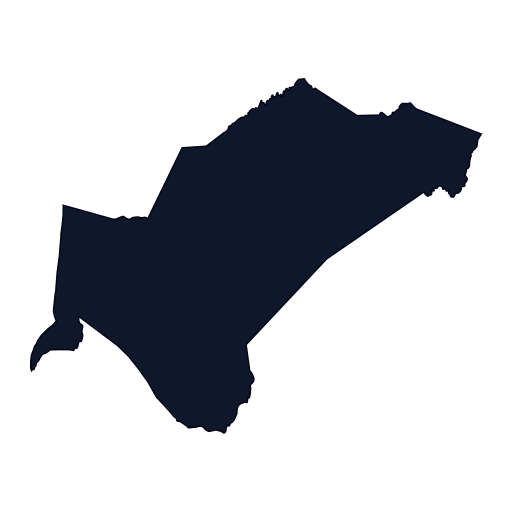 San Francisco del Valle, Ocotepeque, Honduras
{"feature_id": "27666195B97087706022026", "entity_name": "San Francisco del Valle", "entity_type": "district", "adm_level": 2, "iso_a3": "HND", "parent_name": "Honduras", "parent_adm1": "Ocotepeque", "projection": "equal_earth", "projection_center": [-88.98, 14.422], "detail": "fine", "context": "isolated", "style": "filled", "palette": "ink", "viewbox_px": 512, "rotation_deg": 0, "n_neighbors": 0, "source": "geoboundaries", "source_scale": "gbopen_adm2", "svg_char_len": 5936}
<svg xmlns="http://www.w3.org/2000/svg" viewBox="0 0 512 512"><path d="M63.2,205.3L63.3,206.7L63.2,214.6L62.2,225.2L61.0,233.7L60.9,237.9L59.9,249.1L59.5,255.3L57.2,272.4L55.8,290.7L55.0,295.5L53.5,310.6L53.7,312.3L54.4,315.6L55.4,318.6L56.3,320.8L53.1,324.9L47.9,328.9L41.9,334.8L40.7,336.3L37.7,340.8L36.3,344.0L34.8,346.1L34.1,347.8L32.7,352.0L31.8,354.1L31.4,355.5L31.2,357.2L30.8,360.6L30.7,368.0L30.9,369.0L31.6,370.8L31.7,370.7L31.8,370.1L32.1,369.9L33.4,369.5L34.2,369.0L34.9,366.6L35.5,366.2L35.8,365.8L36.0,364.8L36.1,363.7L36.3,363.1L38.3,361.2L39.1,359.8L40.0,357.7L42.2,354.7L43.0,354.0L44.8,353.4L47.0,352.2L48.5,351.2L50.0,349.8L59.6,349.6L69.1,349.7L73.6,350.4L74.2,349.3L75.2,348.2L75.8,348.0L76.7,348.2L77.1,348.0L77.6,346.8L78.4,343.3L79.1,341.6L79.4,341.3L79.8,341.1L80.5,341.5L80.9,341.5L81.3,341.3L81.5,340.9L82.2,338.7L82.7,335.3L82.7,335.0L81.7,331.5L82.0,330.5L82.6,327.2L82.6,325.7L81.9,324.9L80.6,323.9L79.4,322.9L78.8,320.6L78.6,318.5L78.9,316.5L117.8,345.7L128.3,356.0L136.5,366.1L147.9,381.8L156.4,397.0L167.8,409.3L171.3,413.3L173.8,416.5L176.1,418.0L176.5,418.8L176.7,420.3L177.2,420.9L178.0,421.3L179.4,421.3L180.3,421.6L186.6,425.9L188.3,427.6L188.7,427.8L196.0,427.1L199.0,426.2L200.6,426.1L201.7,426.4L202.9,426.9L203.8,427.6L204.9,429.0L205.7,429.7L207.1,430.6L208.7,431.3L209.8,431.3L215.8,429.9L220.5,431.1L222.2,432.0L224.0,433.1L225.0,432.4L225.7,431.4L226.0,430.2L225.9,428.8L225.9,428.4L227.7,424.8L227.9,424.6L228.2,424.7L228.4,424.9L228.5,425.5L228.7,425.8L229.0,425.9L229.3,425.8L229.7,425.3L229.9,424.2L230.2,423.6L230.8,423.0L232.3,422.2L233.4,420.8L234.3,419.5L236.8,413.7L236.9,413.0L236.9,410.8L237.2,408.6L237.7,406.9L238.5,405.6L239.2,404.8L239.9,404.2L241.1,403.5L242.4,402.9L245.2,402.1L245.9,402.2L246.8,402.5L247.2,402.2L247.3,401.7L247.6,399.2L248.0,397.2L248.4,397.0L248.5,397.2L248.7,397.8L249.1,397.9L249.5,397.2L249.8,396.0L250.3,392.5L250.6,388.0L250.5,387.0L250.2,385.6L250.2,385.1L250.5,384.6L251.6,383.7L252.9,382.2L253.4,381.5L253.7,380.7L253.9,379.6L253.8,378.5L253.4,377.1L252.7,375.2L251.3,372.5L249.7,370.8L246.1,344.7L326.6,258.9L423.9,191.9L424.3,193.0L426.2,195.1L427.4,196.1L428.1,196.1L428.5,195.8L428.5,195.1L428.7,194.9L429.6,195.1L430.3,195.1L431.0,194.8L431.4,194.3L431.7,193.8L431.7,193.1L431.7,192.0L431.4,191.3L431.5,191.1L433.8,190.8L434.1,190.7L434.2,190.4L433.7,189.4L433.7,188.1L434.1,188.0L435.3,188.3L436.7,188.3L437.6,187.5L438.3,186.1L439.2,185.9L441.0,186.2L442.3,186.9L442.6,187.3L442.6,188.4L443.0,189.2L443.8,189.1L444.8,188.6L445.3,188.6L445.7,188.9L446.3,191.0L447.2,191.0L447.9,190.6L448.2,190.7L448.6,191.8L448.7,193.2L448.8,193.6L449.9,194.2L450.2,194.8L450.3,195.8L450.5,196.2L450.9,196.6L451.6,196.9L452.7,197.1L453.6,197.0L454.3,196.1L454.7,195.3L455.0,194.2L455.4,193.7L456.8,193.1L458.0,193.1L459.1,192.4L460.5,191.0L461.4,188.4L461.1,186.8L461.1,186.6L463.7,186.4L464.6,186.1L464.8,185.5L464.7,184.3L464.8,183.5L467.0,180.3L467.2,179.2L467.0,178.2L465.3,175.5L465.1,175.0L465.6,173.4L466.3,171.4L466.4,170.8L466.2,169.8L466.4,169.2L466.7,168.8L467.5,168.6L468.0,168.3L468.8,167.1L469.3,166.1L469.5,164.8L469.6,162.2L470.0,159.5L470.3,158.1L471.1,155.9L471.1,155.2L470.8,154.2L470.9,153.5L471.2,152.9L471.9,152.6L472.2,152.2L472.5,151.7L472.6,150.9L472.9,150.5L474.6,149.2L476.6,146.8L477.0,145.9L477.2,144.1L477.5,142.1L477.6,140.0L481.3,134.0L416.6,109.1L414.2,107.2L410.8,103.4L410.1,102.9L407.8,103.6L402.2,103.5L400.4,105.2L399.3,106.8L399.2,107.6L399.6,108.6L399.6,109.0L399.4,109.3L399.0,109.5L398.3,109.2L398.0,109.3L394.6,112.2L394.1,112.4L393.2,112.3L392.7,112.5L392.3,113.0L392.1,114.2L391.8,114.8L390.2,115.8L387.8,116.8L387.3,116.8L386.8,116.6L384.5,114.4L382.5,113.0L381.4,112.5L380.8,112.7L380.3,113.2L379.8,114.1L379.6,115.1L357.1,115.6L316.6,89.4L315.6,88.5L315.1,88.3L314.7,88.4L314.0,88.8L313.4,89.5L312.8,89.6L312.4,89.1L311.8,87.4L311.1,85.9L310.7,85.7L310.1,85.7L309.6,85.5L307.9,83.9L305.8,81.4L305.1,80.2L304.6,78.9L302.4,78.9L300.9,79.4L300.3,79.2L299.7,79.2L298.7,79.4L296.7,81.6L295.4,83.5L294.8,84.7L294.3,86.2L293.8,86.6L291.8,87.4L290.1,87.5L289.4,87.6L289.1,88.1L289.2,88.9L289.1,89.3L288.9,89.7L288.5,90.0L288.1,90.0L287.8,89.8L287.4,88.9L287.0,88.6L286.5,88.5L286.0,88.8L285.7,89.4L285.7,90.6L285.4,91.2L285.1,91.4L284.7,91.4L284.1,90.9L283.7,91.2L282.8,94.9L282.3,96.3L281.9,96.9L281.4,96.8L281.2,96.4L281.1,96.0L281.4,95.2L281.2,94.6L280.6,94.5L280.4,94.8L280.3,95.4L280.2,95.7L279.9,95.8L279.4,95.7L278.7,95.2L278.2,94.6L278.0,93.9L277.9,93.0L277.6,92.7L277.2,92.9L276.8,93.4L276.3,94.8L276.1,96.1L275.8,96.4L274.4,96.9L273.4,97.0L273.0,96.6L273.0,95.8L272.9,95.4L272.6,95.2L272.2,95.3L271.7,95.9L271.5,96.4L271.6,96.9L271.9,97.8L271.9,98.3L271.7,98.6L271.3,98.8L270.5,98.5L270.1,98.7L269.8,99.3L269.8,100.3L269.5,100.8L269.0,100.8L268.4,100.5L268.0,100.4L267.3,100.8L266.7,101.4L266.4,102.4L266.5,104.3L266.1,105.7L265.8,105.6L264.7,103.9L263.7,102.7L263.3,102.6L262.5,103.1L261.8,102.9L261.6,102.6L261.6,102.2L261.8,101.4L261.8,100.9L261.5,100.6L261.1,100.7L258.8,106.6L258.2,107.6L257.6,108.4L257.1,108.5L256.3,108.0L255.8,107.9L255.2,108.3L254.8,109.1L254.5,109.5L253.9,109.4L253.5,108.7L253.1,108.6L252.5,108.8L251.6,109.3L249.8,110.9L249.4,111.5L248.9,112.5L248.0,113.2L247.9,113.8L248.1,114.9L247.9,115.4L247.7,115.7L247.1,115.9L246.2,115.5L245.6,115.5L245.1,115.9L244.5,116.8L244.1,117.2L243.4,117.4L242.3,117.2L241.7,117.3L238.9,118.9L234.2,123.2L233.7,123.4L232.9,123.5L232.4,123.8L231.7,125.0L231.2,125.5L230.7,125.8L229.7,125.9L229.2,126.2L228.7,126.8L228.3,128.4L227.9,129.4L227.2,130.5L226.4,131.3L225.3,132.0L224.2,132.5L206.3,146.2L182.2,147.8L147.8,218.7L146.5,217.8L145.5,217.4L144.4,217.4L141.8,217.8L140.7,217.7L138.5,217.1L136.7,217.0L133.0,217.5L131.9,218.0L130.3,219.1L129.7,219.3L128.9,219.3L128.1,219.1L126.5,218.5L125.3,217.8L124.0,216.6L123.1,216.4L120.7,217.1L116.4,219.0L114.9,219.2L112.9,219.2L63.2,205.3Z" fill="#0f172a" stroke="#020617" stroke-width="1.5"/></svg>